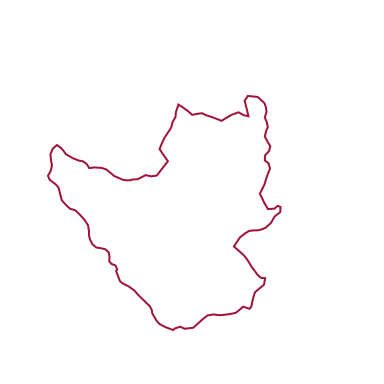 Andong-si, North Gyeongsang, South Korea, rotated 138°
{"feature_id": "91817680B16014600177045", "entity_name": "Andong-si", "entity_type": "district", "adm_level": 2, "iso_a3": "KOR", "parent_name": "South Korea", "parent_adm1": "North Gyeongsang", "projection": "robinson", "projection_center": [128.764, 36.55], "detail": "fine", "context": "isolated", "style": "outline", "palette": "rose", "viewbox_px": 384, "rotation_deg": 138, "n_neighbors": 0, "source": "geoboundaries", "source_scale": "gbopen_adm2", "svg_char_len": 2027}
<svg xmlns="http://www.w3.org/2000/svg" viewBox="0 0 384 384"><g transform="rotate(138 192 192)"><path d="M139.9,118.0L136.2,121.7L137.6,124.4L139.9,124.4L141.8,124.4L147.0,128.5L145.6,135.3L144.1,140.3L142.7,145.3L133.3,149.0L128.1,152.2L123.0,154.9L118.3,157.2L115.9,162.2L116.8,166.7L113.1,170.4L107.4,170.8L103.2,173.6L101.8,180.4L100.8,184.5L96.1,187.7L92.3,189.5L89.5,194.1L88.1,198.6L82.9,201.8L80.6,205.0L78.7,209.6L79.6,218.7L86.2,226.0L91.8,224.6L96.6,215.5L99.4,210.5L102.2,214.6L104.1,220.1L110.7,222.8L117.3,224.2L122.4,225.1L126.7,233.7L130.4,240.1L131.8,243.8L135.1,246.1L140.3,249.3L140.8,254.3L142.2,261.1L143.6,266.1L150.7,262.0L154.0,258.8L159.6,257.0L164.3,253.8L176.6,250.6L182.7,247.9L187.4,245.6L188.3,239.2L189.3,231.0L207.2,227.8L211.9,231.0L215.2,235.6L223.7,237.8L228.4,241.5L229.3,241.5L233.1,244.7L235.0,247.0L239.2,256.1L239.7,260.2L240.6,266.1L243.0,270.3L248.2,275.7L252.4,278.5L251.5,283.0L252.4,287.6L255.2,291.3L258.1,297.2L260.4,304.5L259.9,309.1L259.9,312.3L260.9,317.3L266.5,317.3L271.7,315.0L275.5,310.0L278.3,305.4L283.0,302.2L288.2,300.4L289.6,296.3L288.2,289.0L288.2,284.4L291.0,279.4L294.3,273.0L294.3,266.1L293.8,261.1L291.0,256.6L290.5,249.7L290.5,242.9L291.5,236.9L294.7,231.9L297.6,228.7L299.5,225.1L300.9,220.1L300.4,215.0L297.1,210.9L294.7,207.3L294.3,202.7L296.6,199.1L299.9,195.9L299.9,192.2L298.0,188.6L299.4,184.5L301.3,184.0L305.3,173.6L304.6,170.4L302.2,164.0L300.8,157.6L300.8,150.8L299.8,135.3L300.8,131.2L302.7,128.5L304.5,119.9L304.5,115.8L302.2,109.4L298.4,102.1L296.1,102.1L290.9,99.8L289.0,95.3L281.9,90.3L275.8,90.3L268.8,90.3L263.1,89.9L258.0,86.7L253.7,81.7L246.7,76.7L240.6,73.0L235.4,72.6L230.7,72.6L227.4,66.7L224.6,67.1L218.5,71.7L212.4,75.3L208.6,75.3L200.6,74.9L195.3,79.0L198.2,82.1L198.7,86.7L198.2,91.2L197.8,96.2L196.8,101.2L195.9,107.1L195.9,111.2L197.3,123.5L190.2,125.3L186.5,126.2L180.8,125.8L175.7,124.9L172.4,122.6L168.6,119.4L165.3,117.6L161.1,116.2L154.0,116.2L147.0,118.5L139.9,118.0Z" fill="none" stroke="#9f1239" stroke-width="2"/></g></svg>